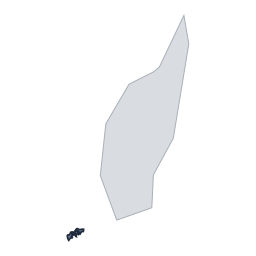 Medalaii, Koror, Palau shown in context
{"feature_id": "81905179B66298370942195", "entity_name": "Medalaii", "entity_type": "district", "adm_level": 2, "iso_a3": "PLW", "parent_name": "Palau", "parent_adm1": "Koror", "projection": "albers", "projection_center": [134.462, 7.336], "detail": "fine", "context": "in_parent", "style": "filled", "palette": "slate", "viewbox_px": 256, "rotation_deg": 0, "n_neighbors": 0, "source": "geoboundaries", "source_scale": "gbopen_adm2", "svg_char_len": 3994}
<svg xmlns="http://www.w3.org/2000/svg" viewBox="0 0 256 256"><path d="M151.8,207.7L116.7,220.1L100.3,175.6L105.8,123.9L129.0,84.2L154.2,71.5L159.4,66.9L183.9,15.4L188.8,43.8L173.3,138.2L153.4,174.9L151.8,207.7Z" fill="#d9dde1" stroke="#a8b0b8" stroke-width="1"/><path d="M83.4,231.6L83.7,230.1L83.7,229.9L83.6,230.0L83.6,229.8L83.6,229.6L83.6,229.4L83.5,229.2L83.4,229.2L83.2,229.2L83.0,229.3L82.9,229.1L82.6,229.1L82.3,229.1L82.2,229.3L82.1,229.2L81.8,229.1L81.6,229.3L81.4,229.3L81.1,229.4L80.6,229.5L80.2,229.5L79.9,229.6L79.4,229.4L79.2,229.4L78.9,229.2L78.7,229.2L78.4,229.0L78.0,228.8L77.8,228.7L77.3,228.5L77.1,228.5L76.9,228.6L76.7,228.6L76.5,228.8L76.3,229.1L76.2,229.4L76.2,229.5L75.9,229.6L75.8,229.9L76.0,230.3L75.4,231.0L75.2,231.0L75.2,230.9L75.3,230.5L75.2,230.4L74.9,230.9L74.8,231.0L75.1,231.2L75.1,231.4L75.1,231.5L75.4,231.6L75.4,231.8L75.5,231.8L75.6,231.7L75.7,231.3L75.9,231.1L75.7,230.8L75.8,230.7L76.1,230.4L76.3,230.6L76.5,230.6L76.6,230.8L76.9,230.8L76.8,231.0L77.0,231.3L77.2,231.5L77.4,231.7L77.5,231.7L77.7,231.4L77.7,231.2L77.8,231.3L78.2,231.4L78.4,231.3L78.4,231.5L78.4,231.8L78.5,231.9L78.7,232.0L78.8,232.0L78.3,232.6L78.1,232.8L77.7,233.0L77.5,232.7L77.4,232.6L77.4,232.8L77.1,233.0L76.9,233.1L77.0,233.3L77.6,233.2L77.7,233.3L77.6,233.5L77.7,233.3L77.8,233.2L77.9,233.3L77.9,233.5L78.1,233.8L78.1,234.1L78.5,234.8L78.9,235.0L78.8,234.9L78.7,234.8L78.6,234.7L78.9,234.5L79.1,234.3L79.2,234.2L79.4,234.0L79.5,233.9L79.4,233.9L79.2,234.0L78.9,234.2L78.8,234.4L78.7,234.5L78.6,234.3L78.6,234.5L78.4,234.5L78.3,234.2L78.1,233.9L78.5,233.6L78.2,233.7L78.3,233.5L78.7,233.3L78.9,233.5L79.0,233.5L79.4,233.6L79.1,233.7L79.3,233.7L79.6,233.6L79.6,233.8L79.9,233.9L80.1,234.0L80.1,233.8L80.1,232.8L80.1,232.7L80.4,232.6L80.6,232.4L80.9,232.4L81.1,232.3L81.0,232.2L81.3,232.0L82.0,231.6L82.6,231.6L83.4,231.6ZM68.7,240.6L68.8,240.6L68.8,239.8L69.1,239.8L69.2,239.6L69.6,239.2L69.8,238.9L70.1,238.6L70.3,238.3L70.6,238.0L70.9,238.1L71.0,238.1L71.3,237.6L71.4,237.4L72.1,237.9L72.5,237.2L71.6,236.5L71.5,236.4L71.6,236.1L71.7,235.9L72.1,236.0L72.1,235.9L72.4,235.4L72.5,235.3L72.9,235.2L73.0,234.5L73.0,234.2L73.1,234.4L73.2,234.5L73.2,234.4L73.2,234.2L72.7,234.3L72.3,234.4L72.2,234.4L72.0,234.2L71.9,233.7L71.9,233.3L72.0,232.8L71.8,232.7L71.6,232.6L71.4,232.5L71.2,232.7L71.1,232.8L70.9,232.6L70.9,232.3L70.8,232.1L70.7,232.1L70.6,232.3L70.5,232.5L70.7,233.1L70.4,232.9L70.3,233.0L70.3,233.3L70.2,233.7L70.2,233.9L70.1,234.0L69.8,234.2L69.7,234.2L69.7,234.4L69.4,234.6L69.2,234.6L68.9,234.6L68.9,234.4L68.8,234.7L68.6,234.9L68.4,234.8L68.4,234.7L68.4,234.4L68.4,234.1L68.3,234.5L68.3,234.8L68.2,234.8L67.7,234.9L68.3,234.9L68.4,235.0L67.8,235.1L67.6,235.1L67.4,235.3L67.2,235.5L67.2,235.8L67.3,236.0L67.4,236.3L67.3,236.5L67.4,237.2L67.4,237.4L67.6,237.8L67.7,238.0L67.8,238.1L67.7,238.3L67.8,238.4L68.1,239.6L68.7,239.7L68.7,240.6ZM73.2,232.1L73.0,231.9L72.9,231.9L72.7,232.1L72.8,232.3L73.1,232.5L73.3,232.7L73.3,232.8L73.1,233.0L73.1,233.6L73.3,233.7L73.8,233.9L74.0,234.0L74.3,234.1L74.5,234.2L74.5,234.4L74.5,234.7L74.7,235.0L74.9,235.3L75.1,235.5L75.3,235.9L75.4,236.0L75.6,236.2L75.9,236.2L75.9,236.4L75.9,236.5L76.0,236.6L76.3,236.7L76.2,236.5L76.3,236.3L76.3,236.1L76.2,236.1L75.9,236.2L75.8,235.9L75.9,235.5L76.0,235.3L76.1,235.2L76.3,235.0L76.5,235.0L76.6,234.9L76.7,234.5L76.7,234.4L76.6,234.2L76.4,234.0L76.2,234.0L76.1,233.9L75.9,233.7L75.6,233.5L75.5,233.3L75.3,233.2L75.2,233.1L74.3,232.5L74.2,232.5L73.9,232.5L73.6,232.5L73.6,232.4L75.2,232.4L73.4,232.3L73.4,232.2L73.2,232.1ZM77.8,231.9L78.0,231.8L77.9,231.7L77.8,231.4L77.7,231.5L77.6,231.9L77.7,232.0L77.8,232.2L77.8,231.9ZM72.2,231.9L72.3,231.9L72.5,232.0L72.7,231.9L72.4,231.8L72.2,231.8L72.2,231.9ZM78.2,231.6L78.3,231.8L78.3,231.7L78.2,231.6ZM72.7,232.7L72.6,232.8L72.7,232.7ZM71.5,232.1L71.4,232.1L71.5,232.3L71.5,232.2L71.5,232.1ZM77.9,232.2L78.0,232.1L77.9,232.1L77.9,232.2ZM77.9,232.2L77.9,232.3L78.0,232.3L77.9,232.2L77.9,232.2Z" fill="#64748b" stroke="#1e293b" stroke-width="1.5"/></svg>